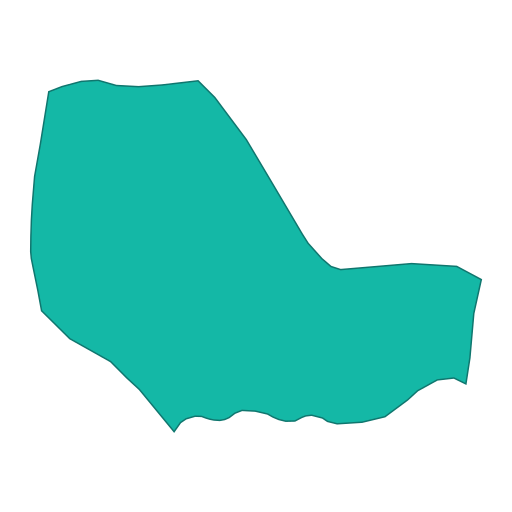 Cajolá, Quezaltenango, Guatemala (Equal Earth projection)
{"feature_id": "79465075B33960112872468", "entity_name": "Cajolá", "entity_type": "district", "adm_level": 2, "iso_a3": "GTM", "parent_name": "Guatemala", "parent_adm1": "Quezaltenango", "projection": "equal_earth", "projection_center": [-91.611, 14.937], "detail": "fine", "context": "isolated", "style": "filled", "palette": "teal", "viewbox_px": 512, "rotation_deg": 0, "n_neighbors": 0, "source": "geoboundaries", "source_scale": "gbopen_adm2", "svg_char_len": 936}
<svg xmlns="http://www.w3.org/2000/svg" viewBox="0 0 512 512"><path d="M481.3,279.6L456.7,266.4L411.5,263.6L340.6,269.6L331.0,266.5L321.9,258.7L308.1,243.3L302.2,234.0L296.9,225.0L269.9,179.3L246.3,139.6L214.8,97.5L198.1,80.8L161.9,85.0L138.6,86.7L116.3,85.5L98.1,80.3L81.3,81.4L62.0,86.6L48.8,91.7L40.3,144.4L34.6,176.5L32.3,204.4L31.4,220.0L30.9,236.1L30.7,251.6L31.3,258.3L32.9,266.3L37.9,290.7L41.6,310.8L69.8,338.7L110.6,361.6L126.6,377.7L139.4,389.5L174.1,431.7L180.5,422.6L186.1,418.8L195.1,416.2L201.6,416.4L205.9,418.0L209.9,419.2L213.9,420.0L219.8,420.4L224.7,419.5L229.1,417.6L234.9,413.2L242.0,410.4L255.2,411.1L267.6,414.0L272.9,417.0L278.8,419.5L285.7,421.2L294.9,421.0L301.8,417.4L305.7,415.9L311.6,415.2L322.5,418.0L327.5,421.4L337.1,423.8L362.1,422.2L385.0,416.7L407.6,399.9L417.7,390.7L437.3,379.9L453.9,378.0L465.9,383.9L469.9,357.9L473.8,313.4L481.3,279.6Z" fill="#14b8a6" stroke="#0f766e" stroke-width="1.5"/></svg>